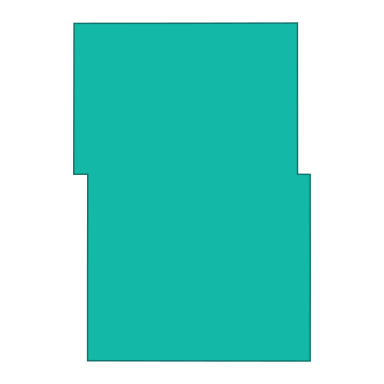 outline of Towner, North Dakota, United States of America
{"feature_id": "52423323B68396918157782", "entity_name": "Towner", "entity_type": "district", "adm_level": 2, "iso_a3": "USA", "parent_name": "United States of America", "parent_adm1": "North Dakota", "projection": "robinson", "projection_center": [-99.23, 48.685], "detail": "fine", "context": "isolated", "style": "filled", "palette": "teal", "viewbox_px": 384, "rotation_deg": 0, "n_neighbors": 0, "source": "geoboundaries", "source_scale": "gbopen_adm2", "svg_char_len": 300}
<svg xmlns="http://www.w3.org/2000/svg" viewBox="0 0 384 384"><path d="M74.1,23.4L73.8,174.2L87.8,174.2L87.6,267.4L87.6,360.7L212.3,360.9L310.1,361.0L310.2,267.7L310.1,174.4L297.5,174.3L297.4,23.0L297.1,23.0L292.9,23.1L185.3,23.3L74.1,23.4Z" fill="#14b8a6" stroke="#0f766e" stroke-width="1.5"/></svg>